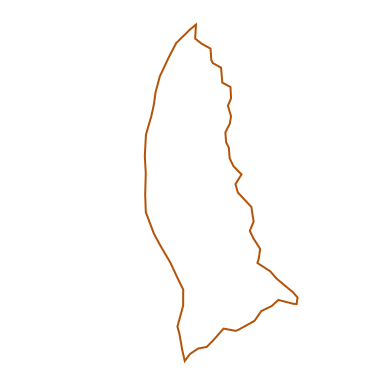 Akapnou, Limassol, Cyprus, rotated 244°
{"feature_id": "46923920B88661960336096", "entity_name": "Akapnou", "entity_type": "district", "adm_level": 2, "iso_a3": "CYP", "parent_name": "Cyprus", "parent_adm1": "Limassol", "projection": "mercator", "projection_center": [33.196, 34.842], "detail": "fine", "context": "isolated", "style": "outline", "palette": "amber", "viewbox_px": 384, "rotation_deg": 244, "n_neighbors": 0, "source": "geoboundaries", "source_scale": "gbopen_adm2", "svg_char_len": 1051}
<svg xmlns="http://www.w3.org/2000/svg" viewBox="0 0 384 384"><g transform="rotate(244 192 192)"><path d="M45.4,236.9L50.9,240.6L57.7,238.8L65.5,235.2L77.0,230.1L86.3,227.6L99.5,219.7L103.5,223.3L111.0,228.3L123.2,226.9L131.7,226.9L138.5,234.5L144.6,236.3L152.5,238.8L171.5,233.0L180.0,234.5L186.1,244.2L196.9,240.6L205.8,240.6L215.5,244.5L221.9,244.5L230.9,248.1L236.9,256.0L243.0,260.3L253.8,262.1L259.1,268.2L269.5,272.6L277.0,267.2L291.0,272.6L298.8,267.2L302.1,267.2L312.8,271.5L315.3,269.7L321.0,265.7L328.5,262.1L338.8,267.9L340.7,269.0L338.9,261.4L332.8,243.1L326.6,234.7L323.2,230.1L309.9,213.6L297.4,202.8L287.9,196.5L283.0,192.7L277.8,188.5L263.8,175.8L245.3,165.5L229.0,158.6L210.0,148.7L194.0,141.6L171.1,139.5L158.7,140.0L137.9,141.6L121.8,141.3L108.1,141.3L93.7,134.2L77.4,119.9L70.3,118.6L65.8,117.3L54.5,114.0L43.3,111.4L47.3,119.1L48.1,125.0L48.6,129.0L46.3,137.3L49.6,146.6L55.4,160.5L48.1,170.3L47.8,173.3L48.8,191.7L54.6,202.1L54.6,213.7L57.1,222.3L47.1,234.1L45.4,236.9Z" fill="none" stroke="#b45309" stroke-width="2"/></g></svg>